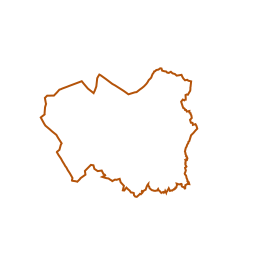 the district of Agios Nikolaos Pafou, Paphos, Cyprus, rotated 310°
{"feature_id": "46923920B40662832692624", "entity_name": "Agios Nikolaos Pafou", "entity_type": "district", "adm_level": 2, "iso_a3": "CYP", "parent_name": "Cyprus", "parent_adm1": "Paphos", "projection": "mercator", "projection_center": [32.759, 34.885], "detail": "fine", "context": "isolated", "style": "outline", "palette": "amber", "viewbox_px": 256, "rotation_deg": 310, "n_neighbors": 0, "source": "geoboundaries", "source_scale": "gbopen_adm2", "svg_char_len": 4062}
<svg xmlns="http://www.w3.org/2000/svg" viewBox="0 0 256 256"><g transform="rotate(310 128 128)"><path d="M51.9,118.7L51.7,119.0L52.0,119.6L53.6,122.2L54.3,123.7L54.6,123.7L57.6,124.0L59.1,123.9L64.9,125.4L67.4,122.6L75.9,123.3L77.2,125.5L75.1,128.5L75.5,132.5L78.5,135.2L77.0,138.7L77.3,140.4L77.0,141.0L74.0,139.7L75.0,142.2L75.8,143.9L76.8,145.5L77.0,147.9L77.3,149.2L77.2,150.1L80.1,151.2L80.9,152.5L83.7,154.3L81.7,157.3L81.1,162.0L76.9,164.1L77.0,164.3L77.7,165.3L81.3,165.1L81.1,167.2L81.1,169.5L80.5,171.7L81.3,172.8L81.9,174.2L80.4,175.8L80.1,177.6L80.9,179.0L83.0,179.3L84.7,179.5L85.3,179.5L85.5,180.4L86.0,180.4L87.1,180.6L87.9,180.6L88.1,179.5L88.8,179.2L89.3,180.3L90.8,180.6L92.1,181.2L92.7,180.9L95.4,179.9L97.2,179.5L98.1,179.5L96.9,180.3L96.7,181.9L95.8,183.2L95.7,184.5L95.7,185.2L95.8,186.4L96.2,187.1L96.6,188.2L97.4,189.3L98.2,189.9L98.7,190.5L100.6,190.3L100.0,191.5L100.0,192.3L100.1,192.7L100.1,193.0L99.9,193.7L99.7,195.1L100.1,195.1L100.6,195.7L101.7,196.1L101.8,196.6L101.6,197.1L102.3,197.2L103.0,197.3L103.7,197.0L102.9,198.9L103.7,198.5L104.7,198.7L104.8,198.7L105.1,198.6L105.8,198.3L106.3,198.3L107.2,198.2L108.0,198.0L106.8,200.6L108.1,201.4L108.5,202.1L110.7,202.5L111.0,202.6L111.0,203.0L112.3,203.2L112.8,202.7L113.2,203.1L113.6,203.2L114.4,202.7L115.9,202.2L116.7,201.0L116.8,201.2L117.3,202.8L118.1,203.9L119.1,204.4L119.5,204.9L119.2,205.5L118.4,206.0L118.0,206.6L117.9,207.4L118.6,208.9L118.1,210.3L118.5,210.6L120.1,209.4L121.0,208.7L122.1,209.1L123.4,209.5L124.4,211.0L125.5,209.4L125.6,208.9L125.1,208.7L125.4,207.7L126.0,207.3L126.8,206.2L127.2,205.2L127.9,204.3L128.4,203.7L128.9,203.0L129.1,201.4L129.7,200.6L130.9,200.3L132.8,199.5L133.4,198.4L134.0,197.5L134.3,197.2L135.5,197.6L136.0,197.6L136.5,196.4L136.7,195.8L136.9,195.4L137.9,194.5L138.2,194.3L138.3,194.5L139.0,193.9L139.6,193.5L140.0,193.3L140.1,193.1L140.2,193.4L140.6,193.4L140.9,193.6L141.1,193.0L141.5,192.8L141.6,193.0L142.1,193.3L142.3,193.1L142.8,193.1L143.1,192.7L143.4,192.3L143.6,191.6L143.6,191.3L143.8,191.4L144.1,190.9L144.3,190.4L144.4,189.9L144.7,189.4L144.9,188.9L145.1,188.8L145.2,188.5L145.6,188.3L146.0,187.7L146.3,187.2L146.5,186.9L146.7,186.6L147.3,186.4L147.7,186.2L148.3,185.8L149.1,185.5L149.5,185.2L150.0,185.0L150.7,185.0L151.3,184.8L151.9,184.7L152.3,184.4L152.9,184.2L153.5,184.0L155.1,183.9L156.1,183.2L157.3,183.4L163.0,181.0L166.3,181.3L169.5,181.3L172.0,181.5L172.3,181.1L173.6,179.1L174.3,177.2L172.1,175.7L172.8,175.0L173.4,174.1L172.5,172.8L174.1,170.3L176.7,170.4L178.4,168.4L178.9,166.9L179.5,166.5L179.3,165.1L180.5,164.1L178.4,162.5L179.1,160.9L178.5,160.1L179.1,159.3L179.2,158.4L178.8,157.7L179.6,156.1L180.8,154.2L182.3,151.8L185.0,151.7L185.4,153.4L186.7,153.6L186.9,153.9L188.0,153.0L190.2,150.9L191.4,151.4L192.0,152.5L193.5,152.2L196.5,151.7L197.9,150.8L199.2,149.7L200.0,149.3L200.7,148.8L204.3,146.4L203.0,143.8L203.0,142.4L201.2,141.0L201.5,138.6L202.1,136.9L203.1,134.8L201.2,133.2L199.4,131.6L199.5,129.2L198.5,127.0L198.6,124.7L196.4,123.8L195.6,122.4L195.8,120.9L194.8,119.3L193.9,117.3L194.9,115.7L195.1,115.4L194.4,114.3L192.3,113.8L190.6,112.4L189.0,112.3L188.2,111.7L186.8,112.1L184.9,112.2L182.9,112.9L181.5,113.4L179.7,113.3L178.1,113.1L175.4,113.6L173.5,113.7L170.3,113.5L167.6,113.0L164.9,112.3L162.9,111.9L161.0,111.5L159.7,110.3L154.1,106.7L153.7,101.5L153.5,99.7L152.3,90.7L151.7,87.7L151.3,79.7L150.8,73.0L150.5,71.7L148.5,72.0L146.4,72.4L140.1,76.6L139.5,77.0L137.6,77.7L135.1,78.6L134.6,78.7L132.9,79.1L132.6,79.2L132.5,75.1L132.4,72.0L133.5,65.5L134.1,62.5L128.8,59.5L121.9,55.6L121.1,55.2L116.0,52.3L114.7,51.7L113.7,51.1L113.3,50.8L109.3,50.7L105.2,50.4L100.8,45.3L97.6,45.0L93.8,49.6L93.7,49.7L93.7,49.8L90.6,51.1L85.4,54.8L84.8,55.4L80.6,54.5L80.0,54.4L79.0,56.9L77.4,61.0L76.7,63.2L76.7,69.0L76.6,71.6L76.6,72.7L76.7,77.5L75.4,81.1L73.6,87.0L72.0,87.3L67.2,89.5L64.2,88.9L63.8,89.0L62.6,92.3L61.5,96.3L60.4,99.0L59.1,102.9L58.8,103.6L58.4,104.7L58.2,106.0L57.0,108.9L56.1,112.0L55.2,114.5L54.9,115.3L54.0,117.6L51.9,118.7Z" fill="none" stroke="#b45309" stroke-width="2"/></g></svg>